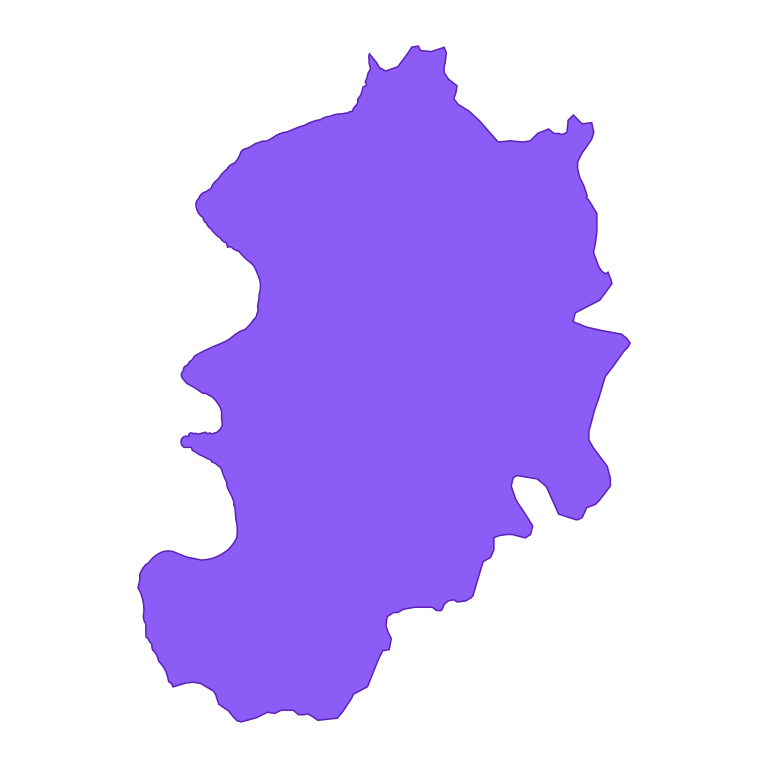 Aga, Ad Daqahliyah, Egypt (orthographic projection)
{"feature_id": "37247803B31879405836913", "entity_name": "Aga", "entity_type": "district", "adm_level": 2, "iso_a3": "EGY", "parent_name": "Egypt", "parent_adm1": "Ad Daqahliyah", "projection": "orthographic", "projection_center": [31.261, 30.895], "detail": "fine", "context": "isolated", "style": "filled", "palette": "violet", "viewbox_px": 768, "rotation_deg": 0, "n_neighbors": 0, "source": "geoboundaries", "source_scale": "gbopen_adm2", "svg_char_len": 6087}
<svg xmlns="http://www.w3.org/2000/svg" viewBox="0 0 768 768"><path d="M608.0,272.2L605.4,273.8L602.2,271.6L599.0,267.2L593.6,252.9L593.6,251.8L595.8,240.9L596.9,231.1L596.9,213.6L588.3,199.3L586.2,198.2L587.2,196.0L584.0,186.1L579.7,177.4L577.6,168.6L577.6,162.0L581.9,153.3L587.3,145.7L591.7,139.2L593.8,132.6L591.7,122.7L582.0,123.8L573.4,115.0L568.0,120.4L568.0,122.6L566.9,132.4L564.7,133.5L561.5,134.6L559.3,133.5L553.9,133.4L548.6,129.0L537.8,133.3L530.2,140.9L522.7,142.0L509.7,140.8L501.1,141.8L497.9,141.8L479.6,120.9L468.9,111.0L458.1,104.3L453.8,98.8L456.0,92.3L457.0,85.7L448.4,79.1L444.1,72.5L444.1,67.0L445.2,62.7L446.3,52.8L444.2,47.3L431.2,51.6L420.5,50.5L418.3,46.1L411.8,47.1L407.5,53.7L397.8,66.7L385.9,71.0L379.5,67.7L376.3,62.1L375.8,61.7L369.4,53.8L368.9,55.4L368.8,56.7L368.8,57.9L369.1,59.2L369.0,62.1L369.3,64.3L370.3,67.0L370.3,68.7L369.9,70.4L368.7,71.9L368.0,73.5L367.5,75.3L367.1,77.5L365.9,80.3L365.2,82.7L365.9,83.1L366.3,83.7L366.5,84.5L366.4,85.1L365.9,85.8L364.4,86.2L362.9,87.3L362.0,91.3L360.6,95.2L357.7,99.3L357.8,101.6L357.6,102.8L357.1,103.9L356.6,104.9L355.1,106.2L353.8,107.8L352.9,109.6L352.3,111.5L351.0,111.5L350.0,111.7L348.7,112.3L347.8,113.0L344.9,113.2L341.7,113.9L338.0,114.0L334.2,114.8L329.8,116.3L327.8,116.6L325.3,117.2L322.9,118.2L320.6,119.6L316.7,120.4L312.8,121.5L309.0,123.0L304.5,125.3L298.6,127.1L287.4,131.8L283.1,132.6L279.4,133.8L276.6,135.2L271.6,138.4L266.6,141.2L264.3,141.0L262.1,141.3L260.1,141.9L258.1,142.9L257.1,143.0L256.1,143.2L250.1,146.9L246.7,148.4L243.7,149.3L242.2,150.3L240.9,152.0L239.9,154.7L238.7,157.4L237.6,159.2L236.3,161.0L234.2,163.2L231.6,164.3L229.5,165.8L228.1,167.3L226.9,169.2L224.6,171.2L222.1,173.6L219.9,176.4L218.1,179.1L215.6,181.1L213.5,183.5L212.2,185.6L210.9,188.6L208.2,190.1L206.1,191.7L204.6,192.1L202.9,192.9L201.5,194.0L200.5,195.0L199.5,196.6L198.7,198.6L197.4,200.0L196.5,201.5L195.9,203.5L195.9,205.2L196.0,206.5L197.0,210.1L197.7,211.7L198.6,213.2L199.7,214.6L200.9,215.9L203.2,217.7L203.5,219.7L204.4,221.3L205.4,222.4L206.4,223.0L207.2,224.9L208.4,226.6L209.8,228.0L211.2,229.0L212.6,231.0L214.7,233.5L217.7,236.2L220.3,238.0L221.7,240.0L223.2,241.3L224.9,242.4L226.9,243.2L226.8,244.4L227.0,245.5L227.7,247.2L230.6,246.6L232.1,247.9L234.2,249.4L236.5,250.5L238.8,251.2L241.7,254.6L245.0,258.1L252.2,264.1L253.8,266.0L254.7,267.5L256.9,272.3L258.8,277.1L260.0,281.0L260.4,283.8L260.4,286.2L260.2,289.5L259.8,291.8L259.1,294.5L259.0,297.6L258.6,300.8L257.6,306.2L258.0,308.9L258.0,310.4L257.7,311.9L257.0,313.6L256.6,315.7L255.5,317.7L254.7,318.7L253.6,319.6L251.6,322.5L249.6,324.9L247.5,327.1L244.8,329.6L240.8,331.1L237.7,332.8L234.9,334.7L229.6,338.9L225.4,341.4L221.8,343.1L212.8,346.8L207.0,349.5L199.9,353.0L194.1,356.4L193.4,357.9L192.7,359.1L191.5,360.4L189.7,361.6L187.1,365.4L185.5,365.9L184.1,367.2L183.7,368.1L183.4,369.0L183.5,370.7L182.5,371.7L181.9,372.5L181.5,373.9L181.3,374.9L181.5,376.3L182.1,377.7L184.1,380.3L186.6,383.0L187.7,383.9L195.0,387.9L201.7,392.6L203.3,393.4L205.0,393.3L206.8,393.8L208.3,394.9L211.4,396.5L213.5,398.2L215.7,400.5L218.8,404.9L220.2,407.6L221.3,410.4L221.6,411.4L221.5,416.2L221.7,419.5L222.3,423.6L222.1,425.3L221.6,427.0L220.7,428.5L217.6,431.8L216.2,432.7L215.2,432.9L214.1,433.0L213.2,433.6L212.3,433.9L211.3,433.7L210.2,433.1L209.4,433.1L208.3,433.3L207.5,433.7L205.4,432.2L198.1,434.2L197.0,433.7L195.9,433.4L194.5,433.3L192.9,433.7L192.3,433.2L191.7,432.9L190.3,433.0L189.5,433.5L188.9,434.4L188.7,435.3L189.0,436.3L185.1,436.3L183.8,436.8L182.4,437.9L181.6,439.1L181.2,440.1L181.0,441.8L181.1,443.0L181.3,444.0L182.0,445.4L182.7,446.2L183.8,447.2L184.3,447.4L190.9,447.3L191.8,448.6L192.3,450.4L195.8,452.2L198.9,454.5L203.1,456.3L208.0,458.9L208.9,459.0L210.0,459.4L211.1,460.4L211.5,461.2L211.8,462.0L214.1,462.8L215.9,463.8L217.9,465.6L219.7,466.8L221.0,468.4L221.4,469.1L222.8,473.4L224.1,476.9L226.7,482.5L226.9,485.6L227.7,488.3L231.5,495.8L232.9,499.3L234.1,502.8L233.8,503.6L233.7,504.8L234.2,506.2L234.9,507.2L235.9,519.8L236.7,523.0L237.2,526.9L237.3,531.8L236.9,536.7L236.6,538.2L233.9,542.8L231.5,546.0L228.2,549.6L224.7,552.2L221.2,554.5L217.4,556.4L213.5,558.0L210.7,558.8L207.6,559.4L201.8,560.1L186.8,557.1L172.6,551.4L168.6,550.9L164.7,551.2L161.6,552.2L159.2,553.3L156.2,555.2L153.4,557.4L150.9,559.9L148.6,562.8L145.2,565.1L142.8,568.3L140.8,572.0L139.8,574.4L139.8,577.7L139.5,581.3L138.8,584.8L137.9,587.8L140.0,591.5L141.4,594.9L142.4,598.4L143.3,602.4L143.7,605.5L143.9,609.6L143.9,611.6L143.4,614.9L143.4,617.2L143.7,619.0L144.1,620.7L144.8,622.3L145.8,624.1L145.8,630.4L146.0,636.7L146.4,637.4L146.9,637.9L148.1,638.5L148.7,640.1L149.5,641.5L150.4,642.7L151.8,644.1L151.9,647.1L152.2,648.6L152.7,650.0L154.6,652.0L156.4,654.7L157.8,657.8L158.5,660.9L160.7,663.4L162.6,665.9L164.3,668.5L166.0,671.6L167.7,677.2L168.7,681.6L170.0,682.4L171.3,683.6L172.3,685.1L173.0,686.9L185.7,683.1L192.9,682.2L200.5,683.4L213.4,691.1L215.6,694.4L218.8,704.3L228.5,710.9L233.8,717.5L237.1,720.8L241.4,721.9L256.5,717.7L267.4,712.3L274.8,713.4L281.3,710.2L293.1,710.2L298.5,714.7L305.0,714.7L307.1,713.6L311.4,715.8L317.9,720.3L337.3,718.2L342.7,711.7L351.4,698.6L353.5,694.2L367.5,686.7L378.4,659.4L382.7,650.7L389.2,649.6L391.3,638.7L388.1,632.1L386.0,625.6L387.1,616.8L393.5,612.5L397.9,612.5L403.3,609.3L415.1,607.2L432.4,607.3L436.7,610.6L441.0,610.6L442.0,609.5L444.7,603.7L448.5,600.8L453.9,599.8L457.2,602.0L465.8,600.9L471.2,597.7L472.9,595.9L483.1,561.7L490.6,557.4L493.9,549.7L493.9,537.7L499.3,535.6L506.9,534.5L512.2,534.5L525.2,537.9L530.6,534.5L532.7,525.9L523.1,510.6L517.7,502.9L515.5,498.5L511.3,486.4L512.3,481.0L513.4,477.7L516.7,475.5L537.1,478.9L546.3,486.5L558.6,514.1L575.8,519.7L578.0,519.7L582.3,517.5L586.6,507.7L595.3,504.5L599.6,500.1L610.4,486.0L610.4,478.3L607.2,466.3L593.2,447.6L588.9,439.9L588.9,431.2L592.2,419.2L594.4,410.4L598.7,398.4L605.2,376.6L612.8,366.8L623.6,351.6L627.9,347.2L630.1,342.9L626.8,338.5L621.5,334.1L602.1,330.6L587.0,327.2L573.0,321.7L575.2,312.9L600.0,300.0L611.9,283.7L610.8,279.3L608.0,272.2Z" fill="#8b5cf6" stroke="#5b21b6" stroke-width="1.5"/></svg>